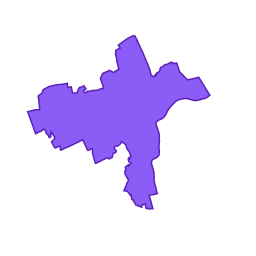 the district of Rundāles pag., Rundales, Latvia, rotated 69°
{"feature_id": "27541924B12061124033846", "entity_name": "Rundāles pag.", "entity_type": "district", "adm_level": 2, "iso_a3": "LVA", "parent_name": "Latvia", "parent_adm1": "Rundales", "projection": "mercator", "projection_center": [24.042, 56.399], "detail": "fine", "context": "isolated", "style": "filled", "palette": "violet", "viewbox_px": 256, "rotation_deg": 69, "n_neighbors": 0, "source": "geoboundaries", "source_scale": "gbopen_adm2", "svg_char_len": 5416}
<svg xmlns="http://www.w3.org/2000/svg" viewBox="0 0 256 256"><g transform="rotate(69 128 128)"><path d="M76.8,215.8L81.3,215.9L82.6,215.9L88.8,216.1L92.4,216.1L94.7,216.2L100.3,216.3L99.8,212.1L99.6,209.3L99.6,209.0L98.7,207.1L100.1,206.2L100.5,205.9L103.5,206.3L104.8,205.8L106.2,205.1L107.2,205.0L108.2,205.1L108.5,205.1L108.8,205.0L108.5,203.1L107.1,203.2L106.7,202.4L106.6,202.5L105.1,201.8L105.1,201.7L104.7,201.1L104.4,201.0L107.9,200.3L111.2,199.6L113.3,203.8L113.4,204.3L115.3,204.2L120.2,203.5L120.7,202.5L120.2,198.5L120.4,198.3L120.7,197.9L124.4,198.9L124.6,198.6L124.5,196.2L124.5,195.6L124.5,195.4L124.3,194.6L124.3,194.4L124.1,189.0L122.8,174.5L133.3,173.7L133.8,173.7L133.8,173.8L134.1,173.7L134.4,173.4L134.7,172.8L134.7,172.7L134.3,168.9L134.3,168.6L135.5,168.9L137.1,169.5L138.0,169.9L139.1,170.1L140.9,170.4L148.1,171.0L149.2,171.1L149.3,171.1L149.4,170.9L149.5,170.6L148.4,158.8L148.4,158.4L148.5,158.1L148.6,157.8L148.8,157.6L150.2,156.8L149.6,155.5L149.5,155.2L149.5,154.8L149.9,153.9L149.9,153.6L149.9,153.4L149.7,153.2L147.2,151.6L146.8,151.2L146.5,150.7L146.4,150.5L146.4,150.3L146.4,148.4L146.4,148.2L145.3,147.2L145.1,147.2L144.7,147.2L144.2,147.3L142.4,148.1L142.1,148.1L141.7,148.0L141.6,147.9L140.6,147.0L140.4,146.7L140.5,145.9L140.6,145.6L141.0,144.8L141.1,144.5L141.1,144.2L141.0,143.6L140.2,141.1L140.0,140.4L139.9,140.2L139.5,139.8L138.6,139.3L138.2,139.0L138.5,138.7L139.2,138.2L142.8,136.1L143.2,136.1L147.1,136.4L150.8,135.3L155.8,135.4L155.9,135.6L156.0,138.0L156.9,137.7L157.7,137.4L157.7,137.7L157.6,137.8L157.5,138.4L157.4,139.1L158.1,139.2L160.0,139.2L162.0,137.7L162.1,137.9L163.2,139.3L162.2,140.8L163.6,141.4L163.0,142.3L162.9,142.6L163.0,143.3L163.8,144.7L166.6,144.9L167.0,146.3L169.2,147.2L171.0,147.1L172.9,146.8L175.8,146.4L176.3,146.2L176.9,146.1L179.6,149.3L180.0,149.5L181.7,150.7L181.8,150.8L181.8,151.2L182.6,152.0L184.7,153.9L185.1,154.3L186.9,151.2L191.5,150.0L191.5,149.0L191.6,148.9L192.5,149.4L192.8,149.6L193.1,149.6L193.5,149.5L195.2,149.8L195.7,150.1L196.4,149.8L196.6,149.7L196.7,149.0L197.4,148.5L198.1,148.7L198.2,148.8L198.2,148.7L198.4,148.7L201.1,148.5L202.6,148.3L206.9,143.6L205.5,143.0L204.8,142.6L204.9,141.7L204.9,141.2L205.0,141.2L205.3,139.1L209.4,140.0L211.0,137.4L211.2,137.1L211.5,135.8L211.5,135.6L212.3,133.7L210.0,133.5L207.5,133.3L206.5,133.1L198.4,132.3L198.5,131.5L199.7,125.8L199.7,124.6L199.7,124.0L197.7,124.0L196.1,123.9L194.0,123.4L191.0,123.2L188.0,122.7L185.5,122.2L184.1,121.5L181.8,120.7L178.8,119.8L177.1,119.5L175.5,119.3L173.4,119.1L171.2,119.0L170.1,118.9L169.0,118.6L167.9,118.0L167.3,117.6L166.6,116.9L166.2,115.9L166.1,113.7L165.8,111.6L165.2,110.2L164.5,108.9L163.8,108.5L162.8,107.9L161.2,107.1L159.7,106.7L157.8,106.3L156.2,105.6L154.3,104.8L152.4,103.8L151.7,103.4L148.0,102.4L145.8,101.2L143.0,100.9L139.9,100.7L136.3,100.6L134.1,100.5L133.0,99.7L131.9,97.9L131.7,96.4L131.5,93.2L131.2,92.0L131.0,91.2L130.5,90.1L129.7,88.9L128.4,87.2L125.9,84.6L123.8,81.5L121.7,77.1L120.9,75.3L120.3,73.9L119.9,72.4L119.9,69.6L120.4,66.4L121.0,63.7L122.1,61.8L123.7,59.5L125.3,57.5L126.3,56.0L127.1,53.0L127.3,51.3L127.9,45.6L127.9,44.2L127.6,42.5L127.3,41.6L126.7,39.7L126.1,40.0L110.4,42.9L107.1,43.5L106.0,43.8L105.3,49.2L104.5,54.6L104.4,55.1L102.9,55.9L98.8,57.6L97.4,58.2L94.8,59.3L94.0,59.7L84.9,59.2L84.7,59.8L84.7,60.6L84.5,61.2L84.5,61.6L84.4,61.9L84.4,62.0L84.2,62.1L84.0,61.9L83.8,61.9L83.6,62.1L83.6,62.3L83.4,62.8L82.9,63.3L82.3,63.5L82.2,63.9L82.1,64.7L82.1,65.2L82.2,65.7L82.3,66.5L82.5,67.7L82.5,68.3L82.5,69.1L82.3,70.1L82.1,70.5L82.1,70.9L82.2,71.4L82.3,71.8L83.0,72.8L83.1,73.0L83.2,73.6L83.2,74.3L83.1,74.5L83.1,74.8L83.2,75.1L83.3,75.4L83.3,75.7L83.8,76.5L84.3,76.9L85.4,77.5L86.2,78.2L86.7,78.8L86.8,79.1L86.7,79.7L86.8,80.4L86.8,80.7L86.9,81.2L87.0,81.5L87.1,81.9L87.1,82.0L87.3,82.2L87.6,82.1L88.0,82.2L88.7,82.4L89.0,82.7L89.0,82.8L88.7,83.0L88.4,83.1L88.3,83.3L88.2,83.6L88.3,83.8L88.3,84.0L88.5,84.1L88.8,84.1L89.0,84.2L89.3,84.7L89.3,85.1L89.3,85.5L89.2,85.7L89.1,85.8L89.1,86.0L88.8,86.1L88.7,86.4L88.5,86.5L88.1,86.6L87.7,86.9L87.4,87.3L87.4,87.6L83.6,87.0L82.3,86.8L80.5,86.7L69.0,87.0L67.1,87.1L64.5,87.1L62.1,87.2L57.2,87.6L55.7,87.7L55.3,87.7L49.9,88.2L49.9,87.9L44.2,88.7L44.1,89.1L44.2,90.1L43.7,90.3L44.1,95.6L45.8,102.3L47.2,107.4L50.8,106.7L50.9,106.8L50.7,109.2L50.8,109.6L51.1,111.5L53.9,112.8L55.1,113.4L56.1,113.4L56.4,113.5L58.6,113.5L59.3,113.9L59.9,114.0L61.9,114.5L63.2,114.7L68.7,115.4L69.0,115.1L69.7,115.6L69.8,115.7L69.9,115.9L71.0,121.5L67.7,124.5L67.5,124.8L67.7,127.0L68.0,131.9L68.0,132.1L68.2,132.3L68.5,132.5L71.3,135.5L71.8,135.9L74.5,136.1L79.9,136.2L80.7,136.4L82.0,137.0L81.9,137.1L81.8,138.1L81.7,138.6L81.7,143.3L81.1,145.5L80.4,146.7L79.9,150.7L79.7,151.3L79.0,152.8L79.8,153.6L79.4,156.0L77.6,156.3L77.0,154.7L76.3,153.2L72.9,154.0L73.0,157.1L72.8,158.7L72.8,158.8L74.4,160.8L77.0,162.9L75.7,166.8L75.5,167.1L75.4,167.2L75.2,167.2L72.9,166.8L69.3,166.3L69.2,166.3L69.0,167.3L68.9,167.7L68.9,169.1L68.3,169.7L64.5,168.6L64.4,169.7L63.5,174.3L63.3,175.0L62.7,177.1L62.2,178.4L62.1,178.7L62.0,179.7L61.2,185.1L61.1,185.9L61.1,186.1L61.1,186.4L61.1,186.7L61.0,186.8L61.0,187.0L61.1,188.2L61.3,189.4L61.5,190.8L61.7,193.1L61.8,193.4L63.8,195.0L64.5,195.9L65.0,196.9L65.3,198.3L65.8,200.0L66.0,200.3L66.1,200.5L68.1,200.8L79.3,203.9L78.2,206.7L77.9,207.6L77.6,209.5L77.6,209.8L77.0,214.6L76.8,215.8Z" fill="#8b5cf6" stroke="#5b21b6" stroke-width="1.5"/></g></svg>